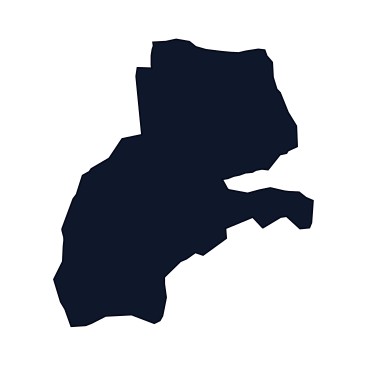 Nsit Ubium, Akwa Ibom, Nigeria (orthographic projection), rotated 99°
{"feature_id": "59680162B36558878931890", "entity_name": "Nsit Ubium", "entity_type": "district", "adm_level": 2, "iso_a3": "NGA", "parent_name": "Nigeria", "parent_adm1": "Akwa Ibom", "projection": "orthographic", "projection_center": [7.956, 4.76], "detail": "fine", "context": "isolated", "style": "filled", "palette": "ink", "viewbox_px": 384, "rotation_deg": 99, "n_neighbors": 0, "source": "geoboundaries", "source_scale": "gbopen_adm2", "svg_char_len": 1273}
<svg xmlns="http://www.w3.org/2000/svg" viewBox="0 0 384 384"><g transform="rotate(99 192 192)"><path d="M327.6,208.7L324.0,203.6L318.9,201.7L300.1,201.0L287.3,204.9L281.3,205.9L280.1,205.8L262.3,192.5L258.9,187.1L251.2,179.2L252.6,171.2L232.3,150.9L222.7,153.2L207.3,128.1L216.2,116.7L216.2,116.3L203.0,100.6L201.2,94.9L211.3,79.6L208.9,70.4L203.6,69.2L181.6,71.1L179.7,78.6L175.4,86.2L176.5,95.8L176.7,100.6L175.7,115.3L179.5,125.5L184.6,136.9L184.1,156.0L183.4,157.4L174.8,164.1L173.0,158.7L169.8,153.3L167.7,147.7L164.7,142.3L162.9,135.4L160.5,132.4L158.3,126.5L158.1,120.4L141.3,110.9L138.9,104.7L136.2,103.6L130.6,95.2L110.5,99.2L98.3,109.6L80.1,120.5L77.3,124.3L69.0,128.4L65.8,129.9L51.3,133.0L45.9,139.4L40.4,142.4L40.7,148.9L44.5,160.7L47.3,167.6L48.2,175.9L48.8,185.7L49.3,200.5L48.0,211.0L43.9,218.1L43.7,231.5L47.5,241.3L50.2,254.0L53.7,252.9L57.2,253.5L63.5,253.5L73.0,252.0L76.0,251.1L77.8,265.4L86.5,265.3L91.5,264.0L143.3,250.5L150.4,269.3L171.7,279.1L184.8,295.1L188.0,296.6L192.8,302.7L212.5,305.7L217.4,308.3L248.8,314.6L250.2,314.3L256.8,311.4L260.0,310.8L265.8,310.5L280.8,308.8L299.9,314.8L321.1,304.5L327.7,299.0L343.6,290.3L340.4,276.1L337.4,270.9L328.0,258.0L322.6,232.5L327.6,208.7Z" fill="#0f172a" stroke="#020617" stroke-width="1.5"/></g></svg>